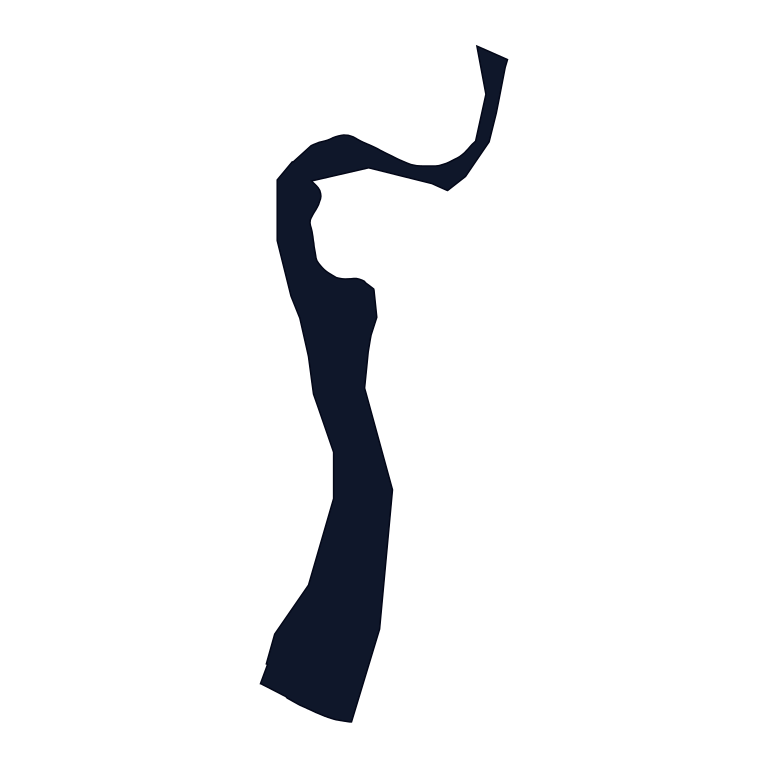 the district of Dennery By Pass, Dennery, Saint Lucia
{"feature_id": "8701671B7729903902665", "entity_name": "Dennery By Pass", "entity_type": "district", "adm_level": 2, "iso_a3": "LCA", "parent_name": "Saint Lucia", "parent_adm1": "Dennery", "projection": "albers", "projection_center": [-60.894, 13.912], "detail": "fine", "context": "isolated", "style": "filled", "palette": "ink", "viewbox_px": 768, "rotation_deg": 0, "n_neighbors": 0, "source": "geoboundaries", "source_scale": "gbopen_adm2", "svg_char_len": 3522}
<svg xmlns="http://www.w3.org/2000/svg" viewBox="0 0 768 768"><path d="M447.6,190.5L465.5,176.5L475.5,161.8L489.1,141.9L496.3,113.1L498.4,102.5L505.2,67.4L506.9,61.7L507.5,59.6L478.1,46.6L476.9,46.1L485.9,94.3L475.6,141.1L474.4,142.3L472.2,144.3L471.0,145.6L470.3,146.4L468.4,148.6L467.9,149.2L466.5,150.6L464.6,152.7L462.2,154.7L459.7,156.6L457.3,158.0L454.8,159.2L451.7,160.8L449.4,162.0L446.7,163.2L445.9,163.5L444.0,164.1L441.1,165.0L439.4,165.5L438.4,165.7L435.6,166.0L433.5,166.0L432.0,166.0L431.2,166.0L429.9,166.0L428.6,166.0L427.3,166.0L425.4,166.0L422.5,166.0L419.5,165.9L416.6,165.7L413.6,165.1L412.1,164.8L410.8,164.5L408.2,163.5L406.9,163.0L405.5,162.4L404.1,161.8L402.9,161.3L400.9,160.4L400.1,160.1L397.3,158.8L394.5,157.4L392.2,156.2L389.5,154.9L386.8,153.6L384.2,152.3L382.9,151.6L381.7,151.0L379.9,150.1L378.6,149.3L376.7,148.3L374.2,147.1L371.4,145.8L368.7,144.6L367.4,144.1L366.1,143.5L363.5,142.4L360.8,141.1L358.4,139.8L357.1,139.1L356.0,138.4L354.3,137.5L353.5,137.0L350.9,136.1L348.2,135.3L344.7,135.1L343.9,135.0L341.1,135.4L338.3,136.0L335.5,136.8L332.8,137.8L331.7,138.4L330.0,139.2L328.4,139.8L327.4,140.2L324.7,141.0L323.4,141.3L321.4,141.8L319.2,142.3L316.5,143.4L313.9,144.4L311.1,145.7L293.9,161.3L293.6,161.9L292.2,161.9L277.2,179.9L277.2,240.6L291.0,296.1L299.0,316.1L299.8,318.0L307.5,352.1L308.1,354.8L308.5,356.7L310.6,372.4L311.3,377.8L313.5,394.1L314.8,397.8L318.4,408.1L327.2,433.6L333.6,452.2L333.6,498.6L308.5,585.1L274.7,634.1L271.7,644.8L267.0,661.5L266.7,662.7L266.3,663.9L267.6,664.4L267.3,665.2L261.6,680.6L261.0,682.2L260.5,683.7L261.3,683.9L262.9,684.8L266.3,686.5L273.1,690.0L276.4,691.7L277.4,692.2L279.9,693.5L283.3,695.3L284.2,695.7L285.9,696.6L286.5,697.3L287.2,698.1L291.2,700.3L292.2,700.9L296.9,703.5L298.1,704.2L299.1,704.7L300.0,705.2L300.7,705.5L301.9,706.0L302.7,706.4L304.1,707.0L306.2,707.9L307.5,708.6L309.0,709.2L309.6,709.5L310.4,709.9L311.2,710.2L312.8,711.0L314.6,711.8L315.5,712.3L316.3,712.6L317.5,713.1L318.5,713.5L319.2,713.8L320.1,714.2L320.9,714.5L322.5,715.2L323.3,715.5L324.0,715.8L324.9,716.2L326.0,716.5L327.7,717.2L329.3,717.7L330.3,718.0L331.3,718.4L332.1,718.6L333.3,719.0L334.4,719.3L335.5,719.6L336.3,719.8L337.1,719.9L338.9,720.2L340.4,720.5L341.3,720.6L342.5,720.8L343.6,721.0L345.7,721.3L347.5,721.6L348.2,721.7L349.0,721.8L349.7,721.9L351.5,721.9L379.6,629.1L389.2,525.4L392.5,489.8L365.7,392.0L365.4,391.0L364.6,388.1L366.7,367.3L367.4,360.2L367.6,358.1L368.2,352.0L370.3,339.3L371.1,335.0L376.8,317.3L374.0,290.2L373.7,289.0L371.8,287.5L365.8,283.0L365.3,282.5L364.4,281.3L363.7,281.0L362.6,280.4L361.9,280.1L359.1,279.1L356.4,278.5L355.4,278.5L353.6,278.5L350.7,278.8L350.0,278.8L347.9,278.9L345.1,279.0L343.4,278.9L342.2,278.8L339.3,278.3L337.9,278.0L336.3,277.6L333.8,276.1L332.4,275.3L331.5,274.7L329.8,273.7L329.0,273.2L328.2,272.7L326.5,271.5L324.3,269.7L322.2,267.6L320.4,265.5L319.5,264.4L318.6,263.3L316.9,260.7L316.0,257.9L315.6,255.1L315.1,252.1L314.6,249.3L314.1,246.5L313.8,243.3L313.3,240.3L313.1,238.8L312.9,236.8L312.5,234.5L312.0,231.4L311.2,228.1L310.5,225.8L310.0,222.9L310.3,220.0L310.9,218.4L311.4,217.4L312.1,216.1L312.7,214.9L314.2,212.3L315.1,210.9L315.8,209.8L317.3,207.1L318.6,204.5L319.5,201.7L319.8,200.8L320.5,199.0L320.9,196.2L320.6,193.5L320.0,191.3L319.8,190.5L319.1,189.4L318.3,188.0L316.5,185.9L315.8,185.2L314.5,183.9L313.3,182.8L312.2,181.8L311.5,181.0L316.6,179.8L368.6,167.8L403.9,176.6L432.0,183.6L438.4,186.5L446.7,190.2L447.6,190.5Z" fill="#0f172a" stroke="#020617" stroke-width="1.5"/></svg>